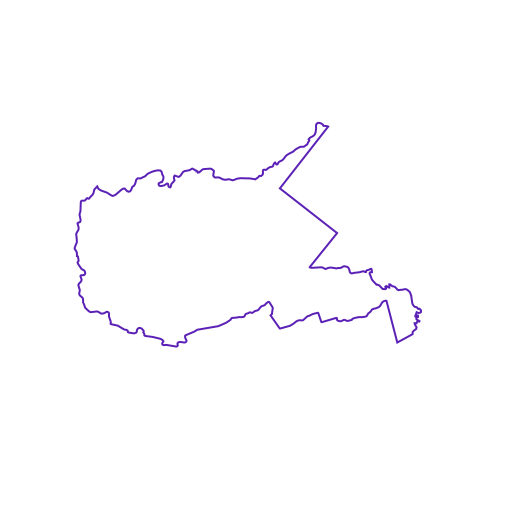 the border of West Virginia, rotated 38°
{"feature_id": "USA-3554", "entity_name": "West Virginia", "entity_type": "State", "adm_level": 1, "iso_a3": "USA", "parent_name": "United States of America", "parent_adm1": "", "projection": "robinson", "projection_center": [-80.323, 38.926], "detail": "fine", "context": "isolated", "style": "outline", "palette": "violet", "viewbox_px": 512, "rotation_deg": 38, "n_neighbors": 0, "source": "natural_earth", "source_scale": "10m", "svg_char_len": 6132}
<svg xmlns="http://www.w3.org/2000/svg" viewBox="0 0 512 512"><g transform="rotate(38 256 256)"><path d="M88.0,298.9L90.6,300.1L93.6,299.8L99.6,297.8L104.8,297.3L106.1,296.9L107.1,295.4L107.7,293.9L109.2,286.4L110.0,284.5L111.0,283.7L114.3,284.2L115.9,283.9L117.0,282.5L116.9,280.5L116.0,278.0L116.1,277.1L116.6,275.9L116.4,273.7L114.7,269.7L114.9,267.7L117.4,265.8L118.3,263.8L119.5,261.5L120.0,258.0L121.2,255.4L123.2,252.1L125.6,249.2L127.8,247.6L129.4,247.6L130.7,248.4L131.8,249.4L134.0,250.3L134.9,251.3L135.6,252.6L136.4,255.4L136.2,255.9L135.4,256.6L135.1,257.7L134.6,258.6L135.1,259.5L136.4,260.2L138.0,259.4L139.3,258.0L140.2,256.8L141.2,253.8L141.9,253.3L142.7,253.6L144.0,254.9L144.7,255.2L146.1,254.8L146.1,253.8L145.4,252.5L145.0,251.1L145.3,248.0L145.2,246.5L143.9,245.6L142.9,244.6L142.6,244.1L142.4,242.7L146.3,241.3L146.8,240.5L147.0,238.5L146.8,235.4L146.9,234.3L147.5,233.0L150.8,229.3L151.9,226.4L153.4,226.0L155.1,225.9L156.6,225.4L157.1,226.0L158.1,225.4L159.0,226.0L159.8,224.9L160.4,221.6L160.9,220.1L166.2,215.3L167.3,214.8L170.3,214.8L170.9,215.5L172.5,218.6L173.9,219.5L175.5,219.3L178.0,217.2L179.4,216.6L182.4,216.1L183.8,215.5L184.9,214.8L186.8,212.8L188.1,211.8L190.9,210.8L191.9,209.5L193.5,206.7L195.8,204.3L203.6,198.5L208.4,195.9L208.5,195.0L209.3,192.7L209.3,190.9L210.8,189.7L211.1,188.1L210.9,186.9L209.1,184.8L208.7,183.7L209.2,183.0L210.8,182.1L211.1,181.2L211.7,178.7L212.1,177.7L213.9,175.4L214.0,174.7L213.2,172.0L213.5,170.6L214.2,170.7L215.2,171.2L216.1,171.1L216.5,170.3L216.1,168.2L216.6,166.7L217.7,164.5L218.0,162.6L217.9,159.1L218.2,157.5L218.9,155.4L221.0,150.9L221.5,147.9L222.2,146.0L223.7,142.7L226.2,140.6L226.6,140.1L227.3,137.4L227.6,136.9L227.5,135.8L227.0,133.9L227.0,132.2L226.3,131.7L225.6,131.6L225.7,129.6L227.2,126.3L227.5,124.4L227.3,123.2L226.7,121.7L225.1,118.9L222.8,116.0L222.3,114.5L223.0,112.8L224.3,111.9L226.1,111.4L227.8,111.3L229.0,111.9L232.1,109.9L233.2,109.6L233.2,188.0L305.8,188.0L305.2,231.6L305.3,231.8L306.3,231.5L307.2,231.0L314.9,224.3L318.9,223.4L320.0,221.3L321.4,219.6L323.4,218.2L327.0,216.3L328.1,214.9L329.7,213.7L330.3,212.8L331.2,210.6L332.0,209.6L334.6,208.4L335.8,208.3L338.1,209.4L339.4,210.6L340.2,211.0L341.3,211.1L342.1,210.8L342.8,210.1L343.5,209.1L347.6,205.0L349.7,202.2L350.3,201.8L351.9,201.4L352.5,201.0L352.0,199.9L352.2,199.0L353.5,197.2L354.3,195.5L354.8,195.1L355.6,195.6L357.4,197.4L357.3,197.6L356.4,198.1L356.1,198.5L356.0,199.4L356.5,200.1L359.4,201.6L361.2,202.9L362.9,203.5L368.6,204.4L368.8,204.0L371.1,203.3L376.1,204.0L378.3,202.5L378.6,201.6L378.3,201.2L376.9,200.7L377.1,199.5L378.2,199.2L379.6,199.2L380.5,198.8L378.5,196.3L379.2,195.8L381.9,195.9L383.7,195.1L385.0,194.8L387.9,195.4L389.2,195.3L391.0,193.4L391.8,192.8L393.8,190.4L394.4,190.0L395.9,189.5L399.4,189.7L402.7,191.7L408.0,196.8L409.4,197.7L410.9,198.2L412.4,198.3L414.3,197.4L416.2,197.9L416.6,197.7L417.0,197.0L417.8,196.9L419.5,197.3L420.5,198.6L420.1,199.9L418.9,201.0L417.2,201.4L418.6,205.5L419.1,205.5L419.6,203.8L420.1,203.2L420.7,203.5L421.2,204.4L420.5,205.6L420.5,206.1L421.4,207.1L422.4,207.1L423.6,206.8L424.9,206.7L424.9,207.3L423.9,207.5L423.5,208.2L423.5,209.1L423.9,210.2L422.4,211.3L423.3,212.1L426.5,213.4L427.1,214.9L426.3,218.0L426.3,219.5L427.5,221.2L420.6,237.2L386.4,211.0L385.5,211.5L384.5,213.0L384.0,214.6L384.4,218.0L384.5,218.8L384.3,220.4L383.9,221.2L383.0,222.9L380.8,225.8L380.4,226.5L380.4,227.3L380.5,229.5L379.8,232.3L380.2,234.9L380.1,235.6L379.8,236.1L377.5,238.7L374.7,240.8L372.0,244.0L370.7,246.1L370.8,247.4L368.6,250.3L367.6,251.1L365.1,251.8L364.7,252.1L363.1,255.1L362.2,255.8L360.6,256.5L359.6,256.6L358.9,256.3L358.1,255.2L357.3,255.4L348.7,267.5L348.3,267.8L347.8,267.6L340.2,262.6L339.8,262.6L339.5,262.9L336.5,266.7L336.1,267.5L335.1,269.7L333.6,272.0L332.6,277.7L331.8,278.5L330.0,279.7L329.3,280.4L328.7,281.3L328.1,282.5L327.2,286.2L325.8,290.0L319.9,298.0L319.3,298.5L304.0,293.8L304.3,292.0L301.2,286.6L300.8,286.3L295.0,284.2L294.5,284.2L294.1,284.5L293.7,285.2L293.3,286.7L293.0,289.6L291.3,292.2L291.1,293.4L291.0,297.0L290.9,297.5L289.0,300.2L288.3,302.7L288.0,303.2L285.9,304.1L285.7,304.4L284.8,306.3L283.7,307.8L283.6,308.6L284.1,310.8L283.9,311.3L282.4,313.0L280.2,314.6L278.6,316.5L275.4,319.4L275.0,320.2L275.2,321.8L275.1,322.3L273.5,327.1L269.5,334.5L255.0,350.4L254.1,353.3L249.5,361.5L249.2,362.3L249.5,363.0L251.1,364.4L253.2,365.3L253.7,366.1L253.7,366.9L253.3,367.8L252.7,368.4L249.6,370.1L248.4,371.2L248.0,371.8L247.9,372.8L248.1,373.5L249.5,374.7L249.4,375.6L249.2,376.1L248.9,376.5L240.3,381.1L238.2,383.0L237.4,383.4L236.6,383.3L236.1,382.9L235.7,382.1L235.7,380.6L235.3,380.0L234.1,379.8L232.4,379.9L230.8,380.5L224.4,383.4L218.1,387.1L217.2,387.3L216.8,387.2L216.0,386.1L214.1,385.5L213.9,384.5L213.3,384.0L210.7,383.6L209.1,384.0L208.1,384.7L207.6,386.1L207.7,387.4L208.7,389.3L208.7,390.3L208.2,391.2L207.5,392.1L202.8,394.7L201.9,394.8L200.9,393.9L199.7,393.9L197.2,395.1L189.9,396.0L184.1,398.8L183.4,399.0L183.0,398.8L182.4,397.6L181.6,396.9L177.5,394.3L175.5,391.7L174.5,391.3L173.6,391.3L172.6,392.0L171.9,393.8L171.2,395.1L169.8,396.5L169.3,396.7L166.5,397.0L164.8,397.6L160.7,401.7L159.7,402.3L158.0,402.4L153.7,402.0L152.9,401.8L151.1,400.5L148.3,399.0L146.5,396.7L145.8,396.1L144.8,395.7L141.4,395.5L140.3,395.0L139.5,394.0L138.6,392.1L138.2,391.4L133.9,388.3L133.5,387.0L133.8,384.0L133.5,382.7L132.9,381.8L130.1,380.0L129.9,379.2L130.1,378.8L132.2,377.0L132.4,375.7L131.9,374.6L131.3,374.0L130.0,373.3L129.2,373.2L127.1,373.6L126.3,373.6L120.7,371.8L119.8,371.3L119.3,370.8L119.3,369.4L118.9,368.7L116.2,366.2L115.6,366.0L115.0,366.3L112.8,363.7L111.7,363.0L109.0,362.1L108.4,361.7L108.1,361.2L106.8,357.1L106.7,356.2L106.2,355.3L105.3,354.1L100.8,349.4L100.4,348.1L100.0,344.8L99.2,343.4L98.4,342.5L95.6,340.5L95.2,340.1L95.2,339.6L96.4,337.7L96.3,336.9L96.1,336.3L95.5,335.5L91.6,332.2L91.2,331.6L90.1,328.8L84.9,321.6L84.5,320.9L84.5,320.1L84.7,319.6L86.2,318.5L87.0,317.6L87.1,316.8L87.1,315.4L87.2,314.6L87.4,314.3L88.6,314.1L89.1,313.6L89.1,311.3L89.5,308.3L89.2,306.5L87.7,303.2L88.0,298.9Z" fill="none" stroke="#5b21b6" stroke-width="2"/></g></svg>